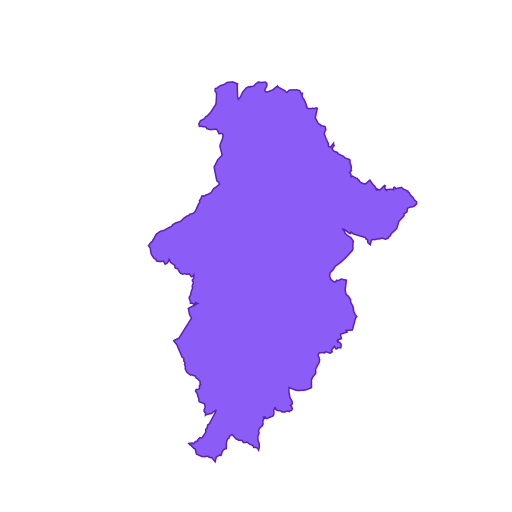 Atemajac de Brizuela, Jalisco, Mexico, rotated 235°
{"feature_id": "50627088B86434321142038", "entity_name": "Atemajac de Brizuela", "entity_type": "district", "adm_level": 2, "iso_a3": "MEX", "parent_name": "Mexico", "parent_adm1": "Jalisco", "projection": "robinson", "projection_center": [-103.741, 20.179], "detail": "fine", "context": "isolated", "style": "filled", "palette": "violet", "viewbox_px": 512, "rotation_deg": 235, "n_neighbors": 0, "source": "geoboundaries", "source_scale": "gbopen_adm2", "svg_char_len": 6156}
<svg xmlns="http://www.w3.org/2000/svg" viewBox="0 0 512 512"><g transform="rotate(235 256 256)"><path d="M151.4,133.4L145.2,121.3L145.4,119.6L143.2,117.4L142.9,115.5L140.3,113.5L138.0,107.3L139.5,105.7L138.7,102.6L138.0,102.0L138.7,100.1L138.1,97.0L139.3,96.6L141.0,93.4L139.1,93.6L138.2,94.4L137.2,94.2L133.8,94.8L133.0,95.6L128.0,93.6L122.7,96.7L121.1,98.7L120.0,101.1L119.0,102.2L118.0,102.1L117.2,102.7L116.3,104.1L110.9,104.5L114.0,108.1L113.9,111.7L112.7,112.8L113.2,113.8L115.1,116.0L115.6,117.3L116.0,119.3L115.2,121.1L120.1,124.8L121.8,126.7L122.5,128.4L122.3,129.2L123.6,131.3L123.5,134.0L117.2,134.8L116.5,135.8L115.2,135.9L112.8,139.0L111.1,138.6L110.1,138.9L108.7,141.9L105.5,142.9L102.7,144.7L100.5,144.3L99.2,146.2L97.5,147.0L95.5,146.8L97.6,149.1L100.5,151.1L103.5,151.7L107.2,154.1L109.2,157.0L111.4,157.8L112.4,159.2L113.0,160.9L113.3,163.7L114.3,165.5L115.8,166.1L117.3,167.5L118.1,168.9L118.0,169.8L119.7,169.7L119.1,171.1L117.2,171.0L116.7,171.4L115.2,177.9L115.6,179.1L116.9,180.5L119.6,182.1L120.9,184.5L120.5,184.9L118.9,184.1L117.2,184.9L115.1,187.3L113.2,187.9L112.7,189.2L111.8,189.6L111.3,191.9L110.6,193.3L109.4,193.9L109.7,195.0L109.3,196.6L109.9,198.2L112.8,198.9L113.9,198.6L114.1,201.0L116.2,202.2L120.5,202.6L126.5,205.4L129.3,207.6L123.0,211.8L121.2,213.9L117.9,219.5L116.4,225.3L116.5,226.1L122.8,230.4L124.3,233.1L125.6,237.6L129.2,240.0L132.6,246.7L134.4,248.5L135.7,249.1L139.4,250.1L140.4,252.2L138.4,255.5L137.5,256.1L137.3,256.8L137.7,256.9L137.2,258.6L134.2,260.7L133.7,261.6L133.9,263.6L135.5,263.7L137.0,268.4L134.3,268.1L133.7,268.6L133.7,270.8L132.1,272.8L134.3,274.8L135.6,275.2L137.7,274.7L138.2,273.8L139.2,274.6L139.6,273.8L140.2,274.1L140.5,274.9L139.2,278.5L143.5,280.3L141.4,286.9L143.3,287.0L140.1,292.5L147.8,301.7L148.7,303.9L150.3,303.6L154.3,304.2L158.7,306.4L164.0,307.1L166.1,308.5L170.3,308.6L172.8,307.7L177.1,309.6L184.4,316.2L188.3,312.5L188.5,309.4L189.9,308.3L189.7,307.3L189.2,306.7L189.4,305.6L192.1,304.3L194.2,304.0L197.0,304.6L199.8,307.0L200.5,311.4L202.1,314.9L202.3,322.3L203.0,327.8L205.3,338.3L206.2,339.4L211.1,342.9L212.2,344.2L216.6,344.3L220.7,342.5L224.1,342.1L225.7,342.8L228.9,342.1L227.0,343.6L220.3,345.8L220.1,346.4L220.9,347.1L220.9,347.9L218.4,348.3L208.7,355.9L207.8,356.1L207.0,355.8L205.4,356.7L203.5,355.6L202.2,355.3L199.6,356.1L202.7,359.4L202.6,360.9L201.2,362.8L200.3,365.4L199.0,367.2L198.6,368.8L197.8,370.0L195.4,371.7L194.8,374.7L195.3,375.0L195.6,376.2L195.5,377.7L196.7,379.4L197.7,386.9L202.5,393.0L203.8,399.7L204.3,400.6L205.7,401.3L205.5,404.9L208.1,407.4L207.9,409.8L206.6,412.1L206.0,414.4L206.5,417.2L207.3,418.1L208.2,418.6L211.6,417.8L213.2,418.2L217.3,417.5L220.0,417.8L221.1,417.3L221.9,417.7L226.4,415.0L228.8,414.5L231.0,409.2L232.9,409.1L233.1,408.4L232.3,407.0L231.3,406.8L233.4,404.7L235.6,400.9L234.8,400.6L235.0,400.1L238.5,400.7L239.2,402.2L240.1,401.8L239.0,395.4L241.3,393.6L240.5,393.3L241.0,392.5L241.5,392.5L241.9,393.5L243.4,392.9L244.7,393.4L247.4,392.8L252.9,392.8L252.3,387.1L253.2,386.1L253.1,385.7L257.3,383.5L258.9,383.9L259.7,383.4L261.5,383.5L262.1,382.7L266.3,380.7L266.3,379.4L267.2,379.6L268.5,380.7L270.6,380.4L271.1,383.0L271.7,382.9L274.2,385.2L276.9,386.2L277.7,386.0L280.6,388.0L281.3,388.0L285.2,385.2L287.5,384.8L292.8,381.8L293.9,382.1L294.9,381.7L296.7,380.2L298.4,379.7L300.4,379.9L301.7,383.5L303.0,383.5L303.9,384.1L302.4,379.3L304.3,378.3L306.8,379.8L312.2,380.7L316.8,382.0L317.7,382.6L319.5,385.7L321.9,386.7L322.7,386.7L325.3,384.1L326.4,384.1L328.8,383.0L335.2,383.8L341.9,391.0L343.0,389.9L343.3,388.4L344.7,387.0L344.9,386.0L347.5,382.7L348.4,382.7L349.3,383.5L350.3,383.3L351.2,384.0L356.7,385.2L358.9,385.0L360.9,385.7L362.7,387.4L363.4,386.1L366.3,386.6L368.6,384.9L372.3,379.4L372.8,378.2L372.2,375.0L375.0,374.4L381.8,371.0L383.0,371.2L382.5,364.7L383.9,359.4L385.0,358.0L386.8,358.3L389.4,362.8L391.2,363.9L393.2,363.4L395.2,359.6L397.1,358.0L397.2,354.1L396.5,352.3L396.9,350.3L398.0,348.8L397.8,347.7L398.8,347.3L399.3,344.5L397.8,338.9L395.0,334.1L394.5,331.6L396.7,332.1L407.7,339.2L407.0,340.0L412.0,336.8L414.8,331.8L414.7,328.6L415.9,324.8L416.1,322.1L415.8,320.5L416.5,318.7L414.4,317.0L412.3,317.1L410.4,315.9L404.4,311.2L403.2,309.8L399.7,301.2L398.7,296.2L398.9,294.6L398.0,292.6L398.7,288.1L396.9,284.8L394.6,284.0L393.7,285.8L392.5,286.5L390.6,288.9L388.4,288.8L385.7,291.0L382.9,295.9L381.7,296.6L377.3,295.8L376.2,298.1L374.3,298.6L371.7,296.3L367.9,290.6L366.4,289.3L358.0,286.1L356.8,279.9L352.9,272.7L341.0,267.4L339.6,267.1L338.5,267.6L335.9,267.5L335.4,263.7L335.5,259.9L333.6,255.6L334.1,251.7L334.8,249.9L334.6,248.3L336.3,246.2L334.6,243.8L333.8,241.4L332.0,240.6L331.6,238.7L327.7,232.5L327.1,230.3L327.1,228.2L328.2,225.9L327.8,224.6L328.3,222.5L328.4,219.2L327.6,214.1L329.2,209.2L329.4,205.3L328.9,204.8L328.6,203.4L329.2,201.5L329.7,195.6L331.1,191.8L331.1,187.6L331.0,186.5L328.4,181.5L328.2,180.5L327.5,179.7L327.4,177.4L326.0,173.7L323.5,174.1L318.9,171.7L316.9,171.2L312.5,171.1L310.6,172.3L309.3,171.6L308.5,172.0L306.3,174.4L304.9,177.3L301.4,176.8L301.1,178.9L301.9,181.4L303.1,182.9L299.6,182.4L295.0,184.1L292.8,182.9L291.9,183.2L290.6,184.6L286.4,184.1L284.9,184.4L283.2,185.5L282.4,187.6L280.8,188.7L279.5,191.1L276.1,191.1L275.7,192.1L276.2,194.2L274.1,192.8L273.3,191.8L273.0,190.2L271.9,189.5L270.9,189.8L270.1,189.5L268.0,186.5L265.9,185.5L264.6,183.3L261.3,179.6L260.7,177.9L259.7,177.0L256.6,176.3L254.9,175.2L253.9,176.8L252.5,177.2L251.6,178.6L252.5,179.7L250.6,181.1L251.2,176.7L250.9,176.6L251.3,175.6L251.9,170.5L246.2,168.0L242.1,167.5L232.9,145.7L233.9,140.4L233.7,139.9L228.9,140.3L215.8,137.5L213.8,138.2L211.3,136.6L210.4,136.8L208.9,136.4L208.5,135.4L205.7,134.6L204.8,133.7L203.4,133.0L200.1,132.8L195.9,134.1L195.6,135.4L194.1,136.0L193.0,137.3L189.9,137.1L189.6,137.6L185.4,138.3L183.5,137.0L182.3,137.0L182.5,135.5L179.9,133.7L180.0,131.8L181.0,130.5L180.1,129.0L176.7,128.9L174.0,127.7L172.2,127.4L169.3,125.9L164.4,129.1L161.3,127.6L159.8,125.4L158.3,124.2L156.5,124.7L154.5,123.2L154.6,124.9L153.8,125.7L153.6,127.1L152.4,129.2L152.8,131.0L152.5,134.5L151.4,133.4Z" fill="#8b5cf6" stroke="#5b21b6" stroke-width="1.5"/></g></svg>